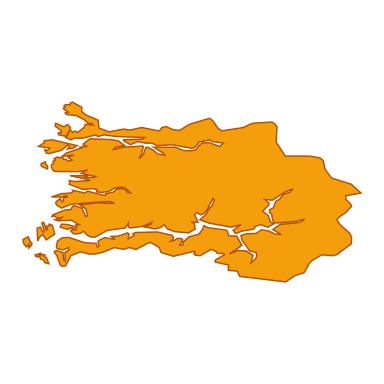 the County of Sogn og Fjordane
{"feature_id": "NOR-915", "entity_name": "Sogn og Fjordane", "entity_type": "County", "adm_level": 1, "iso_a3": "NOR", "parent_name": "Norway", "parent_adm1": "", "projection": "robinson", "projection_center": [5.843, 61.458], "detail": "fine", "context": "isolated", "style": "filled", "palette": "amber", "viewbox_px": 384, "rotation_deg": 0, "n_neighbors": 0, "source": "natural_earth", "source_scale": "10m", "svg_char_len": 5881}
<svg xmlns="http://www.w3.org/2000/svg" viewBox="0 0 384 384"><path d="M65.5,265.9L62.0,266.2L60.2,265.0L56.7,255.3L54.2,252.4L55.0,251.0L57.0,250.7L63.0,252.5L63.5,259.8L65.2,261.1L65.0,252.4L69.1,249.8L68.9,247.5L63.1,249.9L57.1,248.7L56.4,246.8L57.5,241.0L62.3,237.8L68.5,237.4L84.8,242.7L96.1,243.4L97.4,247.1L99.1,245.7L98.0,242.2L98.5,240.6L104.7,237.6L115.1,239.4L111.2,236.4L118.3,236.1L127.5,232.9L129.1,234.1L128.2,238.9L134.1,235.3L132.9,233.6L135.8,232.5L157.5,232.0L172.3,235.4L173.4,237.4L173.0,239.5L170.8,241.0L173.8,240.8L177.3,238.4L181.6,238.5L182.7,239.8L179.8,245.1L181.3,245.2L182.9,245.1L183.1,242.1L188.9,236.9L198.8,234.2L202.5,229.6L203.9,225.7L208.3,227.8L225.7,230.0L227.5,231.3L228.6,235.8L236.8,236.1L241.8,245.5L229.3,254.0L237.7,250.6L245.7,250.8L253.0,255.3L250.9,263.0L255.6,258.7L256.9,255.6L255.9,252.4L249.6,250.8L242.2,240.4L240.9,235.5L246.3,233.8L256.2,233.4L261.3,229.8L268.9,231.0L274.9,234.1L281.1,234.5L272.8,229.6L280.2,224.4L296.7,222.9L301.2,221.9L304.8,218.9L296.1,221.3L276.6,223.0L273.8,222.1L272.6,220.2L271.6,213.9L269.4,212.4L269.5,209.8L273.4,207.7L275.6,201.5L279.3,199.4L283.5,194.4L289.8,192.2L293.1,188.8L285.4,191.8L272.4,200.2L264.8,199.4L269.0,203.3L268.7,205.1L262.7,211.2L268.2,215.5L270.5,222.1L273.9,223.8L267.7,227.2L260.5,224.7L255.6,226.3L253.4,229.2L241.7,231.2L236.5,233.3L234.8,232.9L233.1,230.3L241.1,224.7L231.0,227.1L209.8,223.3L199.9,219.8L205.9,214.5L209.3,208.4L212.5,205.5L214.3,200.1L213.0,198.6L207.1,209.7L204.0,213.4L200.5,214.9L197.0,212.4L194.6,214.6L198.0,222.2L191.3,221.8L194.4,223.7L195.2,229.1L188.5,232.9L174.5,231.6L167.2,228.8L164.5,224.7L160.4,227.6L155.2,228.9L144.8,227.1L151.0,224.2L151.8,222.2L142.9,226.3L130.3,228.0L128.4,226.9L128.4,223.1L125.3,228.0L107.5,230.3L95.1,237.1L90.8,237.0L86.9,235.0L83.5,231.2L80.0,233.5L73.9,234.0L70.8,231.2L71.7,229.9L77.1,229.6L71.0,228.0L67.6,229.3L60.1,227.1L61.5,224.2L67.0,224.4L76.6,227.1L75.9,224.7L79.2,224.7L71.6,220.3L58.0,220.8L55.1,219.8L60.9,218.7L62.1,217.3L57.3,218.4L54.5,216.0L51.9,216.5L52.8,214.9L64.9,210.0L70.9,209.5L72.6,206.2L74.8,205.8L81.9,208.3L85.7,216.5L87.0,216.1L87.3,214.6L85.8,208.8L79.8,205.1L96.8,202.8L114.6,203.5L111.5,201.8L107.3,201.5L71.3,204.2L61.6,208.1L56.8,205.2L55.8,203.5L56.1,201.7L60.3,198.6L62.0,202.0L63.4,201.0L63.4,197.7L67.2,197.0L66.5,195.3L62.8,196.9L51.4,197.0L61.5,193.7L71.3,192.9L73.6,191.2L72.9,190.3L84.9,193.1L87.4,191.2L104.0,195.4L106.3,194.6L105.7,193.7L113.3,192.1L116.2,189.2L121.9,188.6L125.6,189.9L127.2,192.4L130.4,192.9L125.0,187.9L122.8,187.2L115.0,187.7L109.2,191.2L101.6,192.5L96.6,191.8L96.9,189.5L92.9,188.6L83.0,189.5L69.1,184.2L69.8,182.3L69.3,180.6L74.9,181.5L89.3,180.6L89.3,179.8L69.9,175.7L87.4,175.7L84.9,177.3L93.4,177.5L95.6,176.5L81.2,173.3L87.7,170.0L77.5,171.7L55.7,171.5L53.5,170.9L51.3,167.2L51.5,164.8L53.5,163.5L53.1,161.2L55.5,160.2L54.1,158.7L56.8,157.2L63.0,157.8L63.7,159.4L66.1,159.4L68.0,161.1L71.9,160.2L68.1,157.1L74.0,155.1L62.4,156.2L66.1,153.1L81.3,148.0L80.1,147.2L87.5,146.4L83.3,145.2L83.2,144.0L89.9,138.8L111.6,139.6L118.6,141.0L124.7,145.6L115.4,147.2L113.4,149.6L124.0,147.2L142.9,146.0L143.4,146.9L141.6,153.5L139.1,158.7L143.0,155.1L145.8,147.7L147.6,147.2L153.7,150.4L157.4,153.9L164.9,155.3L164.0,153.7L153.6,147.2L175.0,147.2L183.5,150.5L191.8,150.8L196.1,149.7L198.8,145.6L202.4,142.9L209.5,142.7L219.6,146.5L223.4,143.1L212.0,141.5L210.5,139.8L199.2,142.0L195.1,147.2L192.0,148.4L172.0,144.7L157.1,145.6L151.7,143.1L144.8,143.1L137.9,141.5L130.4,144.7L123.5,140.7L123.5,139.8L142.2,139.1L144.8,137.5L115.8,136.5L104.0,134.9L97.9,136.5L95.8,135.0L82.0,138.3L74.4,138.0L70.9,139.9L65.7,137.5L68.2,134.2L69.5,131.0L70.9,130.4L72.6,132.5L75.1,131.0L77.6,132.5L84.3,127.2L85.1,124.4L93.4,125.2L92.1,123.5L87.9,123.2L84.0,119.5L75.8,115.4L66.8,114.6L65.2,113.0L68.3,112.2L64.1,109.4L63.3,108.1L65.2,107.3L64.0,105.7L65.6,104.6L70.2,104.8L70.2,103.2L72.4,102.1L81.9,107.4L81.5,111.4L85.9,114.9L98.1,120.2L99.0,128.0L109.2,131.9L123.4,129.1L130.2,130.1L141.6,127.5L158.1,130.8L159.8,130.5L161.9,127.5L166.0,126.6L173.1,129.7L179.5,130.4L189.5,124.3L209.6,118.3L212.9,120.8L218.2,128.6L222.0,130.8L242.9,127.6L252.4,123.3L271.7,122.0L275.1,124.1L277.0,127.1L276.1,142.1L285.3,156.1L309.5,156.1L319.9,157.9L323.2,160.5L325.1,169.4L331.5,178.0L351.2,184.2L361.0,193.0L345.7,195.8L345.8,199.3L350.4,203.7L351.6,206.4L345.3,212.9L338.0,217.9L337.1,220.0L339.6,224.2L350.1,233.7L351.6,237.9L351.3,243.8L337.0,254.5L332.2,255.7L321.9,254.8L312.7,260.1L309.4,263.2L304.1,272.7L295.4,275.4L285.6,281.9L239.7,276.4L237.3,271.1L228.3,270.3L228.5,265.0L215.4,262.1L215.0,260.6L216.1,259.6L224.7,254.6L223.5,253.4L217.3,253.5L216.1,251.5L211.2,249.4L200.0,255.7L195.1,255.1L194.0,253.6L195.0,252.0L193.9,251.3L173.4,256.3L161.1,252.5L159.3,247.5L150.9,242.6L148.6,242.8L135.9,249.5L129.5,247.5L123.7,249.3L114.2,247.6L102.5,252.4L95.3,254.0L89.2,254.1L80.8,251.8L71.0,255.6L65.5,265.9ZM44.3,140.7L52.3,139.8L77.0,145.6L72.8,148.3L67.4,148.9L69.3,146.9L68.1,144.7L61.4,150.3L48.8,153.6L46.4,153.1L44.7,149.8L47.4,150.5L49.8,148.0L38.5,146.4L44.2,142.7L44.3,140.7ZM52.4,225.4L54.7,234.1L46.2,239.9L42.9,234.5L39.4,237.3L37.8,241.0L37.1,228.2L40.4,227.1L42.3,231.2L43.4,232.1L44.2,230.3L41.7,223.1L43.4,222.3L44.3,223.4L46.4,230.2L47.4,229.1L46.8,226.3L50.0,225.4L48.7,223.8L52.4,225.4ZM67.7,124.5L70.6,127.8L67.9,133.7L65.4,136.2L58.6,134.8L58.1,133.2L60.0,132.2L61.1,133.2L61.7,130.9L55.3,126.4L55.4,123.5L56.1,123.4L64.0,126.8L67.7,124.5ZM30.2,241.7L31.9,243.2L31.8,244.9L28.8,247.9L29.0,244.2L26.4,246.9L23.5,243.4L23.0,239.7L28.3,236.8L30.2,241.7ZM46.3,257.5L48.9,263.7L44.6,262.6L43.6,259.9L40.5,259.0L39.7,256.0L38.2,257.0L35.6,256.3L35.2,254.9L40.8,253.3L41.4,253.8L39.7,254.9L45.0,254.9L44.2,256.3L46.3,257.5ZM41.4,166.3L41.1,163.8L45.4,161.8L45.2,163.1L47.6,166.1L47.5,168.9L41.4,166.3Z" fill="#f59e0b" stroke="#b45309" stroke-width="1.5"/></svg>